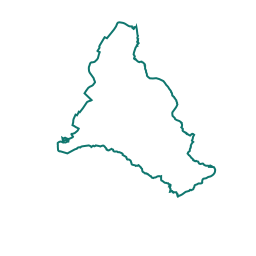 Lozna, Salaj, Romania, rotated 322°
{"feature_id": "2599482B10357356910140", "entity_name": "Lozna", "entity_type": "district", "adm_level": 2, "iso_a3": "ROU", "parent_name": "Romania", "parent_adm1": "Salaj", "projection": "equal_earth", "projection_center": [23.494, 47.297], "detail": "fine", "context": "isolated", "style": "outline", "palette": "teal", "viewbox_px": 256, "rotation_deg": 322, "n_neighbors": 0, "source": "geoboundaries", "source_scale": "gbopen_adm2", "svg_char_len": 5853}
<svg xmlns="http://www.w3.org/2000/svg" viewBox="0 0 256 256"><g transform="rotate(322 128 128)"><path d="M171.6,211.9L171.5,211.6L170.3,210.5L170.2,210.2L170.5,209.8L170.2,209.2L170.0,209.8L169.5,209.9L168.7,209.1L167.9,208.5L168.6,207.9L167.8,207.0L166.2,205.7L165.4,204.3L165.2,203.4L165.3,202.5L165.0,202.0L162.8,200.9L162.2,199.9L162.2,199.4L162.6,197.7L162.1,197.1L161.4,195.8L160.5,195.6L159.6,193.7L160.0,193.5L160.0,193.3L159.9,192.9L159.9,192.4L159.8,191.4L159.5,190.6L159.6,188.8L159.5,187.5L159.2,186.8L159.3,185.5L159.2,184.9L160.4,184.2L162.6,184.1L163.3,183.2L164.0,182.6L164.9,182.3L165.5,181.7L166.0,181.6L166.3,180.9L166.8,180.4L168.9,179.4L170.7,179.1L170.8,179.1L170.6,178.0L170.6,177.3L172.3,176.4L173.7,175.1L174.7,174.6L175.9,174.1L175.6,172.8L175.0,172.1L173.8,172.0L172.5,172.3L172.0,171.8L171.3,169.8L170.8,169.4L170.6,169.0L170.6,168.8L171.0,168.6L171.0,168.2L170.9,167.8L170.5,167.8L170.4,166.7L170.2,166.6L169.4,164.2L169.4,163.9L169.7,163.2L170.5,162.7L170.5,162.4L170.7,162.2L170.4,160.3L171.7,159.8L172.7,158.6L173.0,157.7L173.4,157.2L173.1,156.9L173.1,156.4L173.3,156.1L173.2,155.5L173.1,155.1L172.9,154.7L172.7,154.0L171.3,151.8L170.7,150.3L170.6,149.9L171.0,149.0L170.6,145.8L171.7,144.0L172.6,143.0L178.5,141.3L180.1,140.6L181.5,139.8L181.7,138.8L182.2,138.4L182.4,137.8L182.6,136.7L183.1,136.0L183.1,134.3L183.3,133.4L183.1,132.8L183.4,131.8L183.1,131.1L183.1,130.1L182.9,129.7L184.1,127.6L184.0,126.4L184.5,125.8L184.6,124.4L184.6,122.3L184.9,120.4L184.8,119.5L184.8,118.8L184.6,117.7L184.8,115.6L184.8,112.9L184.1,111.4L182.8,108.8L180.9,106.1L178.1,104.3L175.8,102.3L175.3,100.5L175.1,98.7L175.3,98.2L176.1,97.1L176.7,94.9L177.4,94.2L177.5,93.5L177.7,93.3L177.9,91.9L179.3,90.1L179.3,89.6L179.5,89.1L179.8,88.7L180.2,88.8L180.5,87.7L180.3,87.2L180.3,86.0L179.9,85.2L179.6,84.8L179.6,84.1L177.8,83.1L177.5,83.1L177.1,82.5L176.7,81.6L176.3,79.3L176.1,78.8L176.2,78.6L176.4,78.7L176.4,78.2L175.6,77.8L175.5,77.0L175.7,76.8L177.4,75.8L177.4,75.4L177.7,74.8L177.6,74.3L177.7,73.5L179.3,72.1L183.5,69.3L185.1,68.9L185.6,69.0L185.5,68.6L185.8,68.2L186.8,68.1L187.2,67.8L187.6,67.9L188.5,67.7L188.3,67.0L188.7,67.0L188.8,66.5L188.2,66.3L188.3,65.7L188.5,65.5L189.7,65.3L189.9,64.8L190.8,64.1L190.5,63.6L190.7,63.4L190.8,62.7L192.6,61.5L192.6,60.9L193.3,59.6L195.5,56.0L196.8,53.5L196.5,53.7L196.4,53.3L195.6,52.8L195.0,52.8L194.9,52.5L194.2,52.9L194.0,53.4L193.4,53.4L193.3,52.7L193.4,52.2L193.1,51.8L193.4,51.2L193.4,50.7L193.6,50.3L192.1,49.2L191.3,48.0L189.9,44.1L189.6,43.4L188.7,42.0L186.4,39.5L185.5,39.0L184.8,38.8L183.9,39.0L181.1,40.6L177.5,41.8L166.7,44.3L165.5,42.1L164.9,42.3L156.6,45.5L155.4,46.2L155.1,47.1L154.6,47.4L151.4,48.5L151.5,49.1L152.4,50.8L150.5,52.0L147.2,54.5L145.6,55.0L142.4,55.3L140.6,54.5L139.7,53.8L138.7,53.6L137.2,54.2L137.0,54.5L134.7,55.9L133.6,57.2L132.4,59.1L131.9,60.7L131.6,67.7L131.1,68.7L130.5,71.0L130.1,71.7L126.7,72.6L125.4,72.5L123.4,72.0L121.4,71.9L117.6,73.0L115.1,73.9L116.5,83.6L115.3,83.5L114.9,83.1L112.2,82.4L111.5,82.4L104.8,84.6L99.7,85.9L99.2,84.9L98.3,85.5L95.6,86.6L94.9,85.2L90.7,87.4L89.6,88.3L88.4,89.7L86.0,91.6L86.8,93.3L87.4,95.1L88.8,98.1L87.9,98.6L86.4,99.1L82.9,99.2L80.8,98.5L79.9,97.9L79.5,98.2L79.3,101.0L78.7,101.2L78.1,101.1L76.2,100.7L74.1,99.9L73.1,98.3L72.6,97.1L72.2,96.8L70.6,96.5L70.2,95.4L68.9,97.9L71.3,99.0L73.8,100.9L72.6,102.0L71.6,101.3L69.9,101.0L68.7,99.9L68.0,99.6L67.7,99.1L67.7,98.9L67.4,98.3L66.4,97.1L65.3,96.6L63.5,96.5L62.6,97.5L62.3,98.2L61.2,99.5L59.6,101.9L59.2,102.7L59.3,103.6L59.9,104.5L60.2,104.6L60.9,105.5L64.6,110.7L73.0,112.1L74.8,112.8L75.4,112.8L75.6,112.6L76.4,112.6L77.7,113.1L78.4,114.0L79.7,113.9L80.5,114.2L86.4,117.6L87.3,119.2L87.5,119.8L87.4,120.4L89.6,120.5L89.9,120.8L90.0,121.4L90.2,121.7L91.3,122.0L91.9,121.9L94.1,124.4L94.9,125.6L95.7,125.7L97.4,126.4L97.9,126.9L98.0,127.6L98.2,128.2L98.1,129.4L98.3,130.3L98.3,131.0L98.2,131.3L97.8,131.6L97.8,131.9L97.9,132.2L98.4,132.8L98.5,133.4L99.0,133.8L99.7,133.9L102.1,134.3L102.1,134.5L102.8,135.6L102.9,135.9L102.4,136.8L102.5,137.6L102.8,138.2L104.7,139.6L104.9,139.9L105.2,140.9L106.5,141.9L106.8,142.7L107.5,143.7L107.8,144.8L107.8,145.3L107.2,145.9L108.7,149.6L108.7,150.1L108.3,150.6L108.3,151.3L108.0,151.9L108.0,152.2L108.2,152.6L109.3,153.3L109.9,155.0L109.9,155.6L109.7,156.2L109.4,156.8L109.2,157.6L108.7,158.4L108.7,159.4L109.2,160.1L110.6,161.8L110.8,162.3L110.8,162.7L111.7,163.0L112.2,163.6L113.4,163.7L113.5,164.0L113.6,164.7L113.5,164.9L113.5,165.4L113.8,166.0L113.9,167.1L113.7,167.5L113.9,168.9L113.3,169.8L112.7,171.1L112.7,171.6L113.0,172.7L113.5,173.6L113.5,174.4L114.6,175.1L114.8,176.2L115.2,176.3L115.4,177.1L115.4,177.4L115.9,179.5L116.4,180.1L116.2,181.3L116.4,182.1L116.7,182.3L117.1,183.0L117.9,183.1L119.4,184.0L121.1,184.2L122.2,184.6L122.7,185.2L123.1,185.3L123.8,186.2L124.4,186.4L122.5,188.8L122.0,189.8L122.7,191.4L122.8,192.0L123.2,193.6L123.7,194.3L124.4,194.8L125.0,195.9L125.6,196.3L125.5,196.8L125.8,197.6L126.2,198.1L126.5,199.1L125.8,199.8L125.6,199.8L125.6,199.4L125.4,199.1L125.0,199.1L125.2,199.7L125.1,199.9L124.7,199.9L125.0,200.3L124.8,200.8L125.1,201.3L124.6,200.7L124.2,200.9L124.2,201.3L124.0,201.6L124.1,201.9L123.8,202.5L121.8,204.1L122.2,204.3L122.5,204.0L123.4,203.8L123.7,204.6L124.0,204.9L124.0,205.5L123.8,206.0L124.3,206.4L124.1,206.9L124.7,207.0L126.5,208.4L126.2,209.4L126.2,209.6L126.0,210.2L126.3,210.3L126.3,210.8L125.2,211.8L125.1,212.8L126.8,212.9L127.7,213.3L130.0,213.7L134.1,213.8L137.4,215.2L138.8,214.9L139.3,215.3L139.4,215.9L141.5,216.4L142.0,216.3L143.0,215.6L143.9,215.3L145.1,214.3L145.7,214.2L147.7,214.9L149.4,215.1L151.3,216.6L152.4,216.9L152.9,216.7L153.5,215.8L154.5,214.9L155.2,214.5L156.2,214.4L158.7,215.7L161.1,216.0L163.3,217.0L165.0,217.2L166.6,217.2L168.2,216.8L169.5,216.1L170.9,214.7L171.2,214.1L171.6,211.9Z" fill="none" stroke="#0f766e" stroke-width="2"/></g></svg>